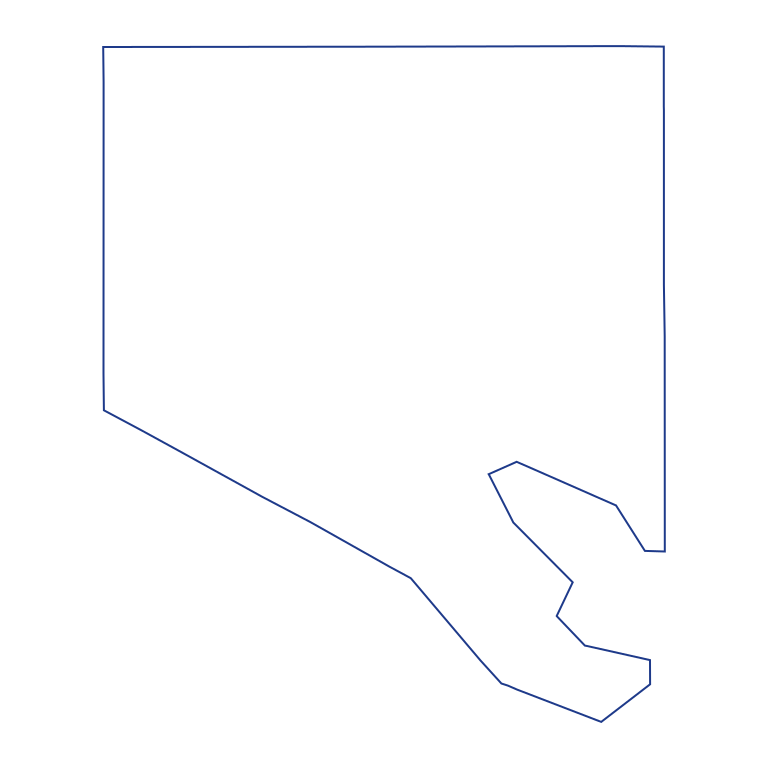 the district of Baltimore, Maryland, United States of America
{"feature_id": "52423323B61620821136351", "entity_name": "Baltimore", "entity_type": "district", "adm_level": 2, "iso_a3": "USA", "parent_name": "United States of America", "parent_adm1": "Maryland", "projection": "natural_earth1", "projection_center": [-76.591, 39.285], "detail": "fine", "context": "isolated", "style": "outline", "palette": "blue", "viewbox_px": 768, "rotation_deg": 0, "n_neighbors": 0, "source": "geoboundaries", "source_scale": "gbopen_adm2", "svg_char_len": 648}
<svg xmlns="http://www.w3.org/2000/svg" viewBox="0 0 768 768"><path d="M389.5,566.7L410.8,578.2L480.5,660.5L501.4,683.5L507.9,685.6L517.1,689.6L601.2,721.9L650.1,684.3L650.0,660.1L587.0,646.0L584.9,645.6L556.8,616.2L556.7,616.0L572.7,582.3L513.3,522.5L510.9,517.7L488.9,474.5L488.7,474.2L516.2,462.0L516.6,461.8L535.4,470.0L615.9,505.4L616.0,505.4L644.9,550.9L664.8,551.5L664.7,336.2L663.9,284.7L663.9,110.2L663.8,106.4L663.8,46.6L619.2,46.1L539.6,46.3L501.9,46.4L366.1,46.7L103.2,47.0L103.6,82.3L103.6,114.8L103.5,373.5L103.9,410.3L141.4,430.3L185.4,454.4L262.0,496.7L310.4,522.1L389.5,566.7Z" fill="none" stroke="#1e3a8a" stroke-width="2"/></svg>